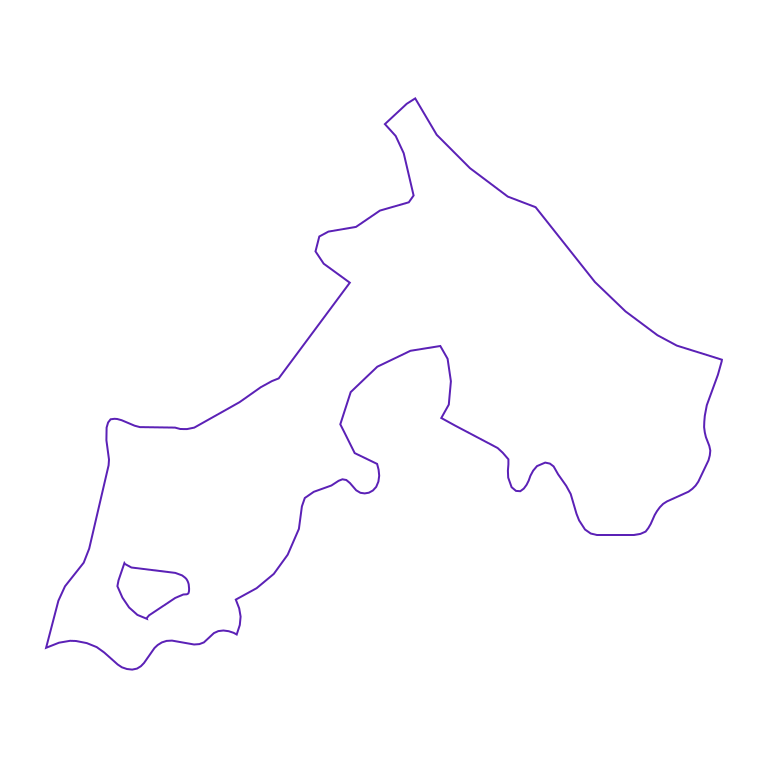 outline of Rimini
{"feature_id": "ITA-5366", "entity_name": "Rimini", "entity_type": "Province", "adm_level": 1, "iso_a3": "ITA", "parent_name": "Italy", "parent_adm1": "", "projection": "equal_earth", "projection_center": [12.401, 43.955], "detail": "fine", "context": "isolated", "style": "outline", "palette": "violet", "viewbox_px": 768, "rotation_deg": 0, "n_neighbors": 0, "source": "natural_earth", "source_scale": "10m", "svg_char_len": 2469}
<svg xmlns="http://www.w3.org/2000/svg" viewBox="0 0 768 768"><path d="M449.2,369.7L447.6,358.8L440.3,346.0L410.4,350.8L383.4,363.8L377.3,366.7L372.3,371.5L366.6,376.9L350.7,392.1L340.3,424.3L344.8,433.2L354.7,453.1L377.1,463.9L378.6,469.7L379.2,475.7L378.4,481.6L376.2,486.9L372.9,490.5L368.9,492.7L364.7,493.4L360.4,492.8L356.2,490.3L349.9,483.0L346.3,480.0L342.4,479.3L338.6,480.8L331.4,485.5L313.8,491.8L304.8,498.0L301.9,506.4L298.9,528.9L287.7,554.7L273.8,573.9L256.6,588.2L235.8,599.6L239.2,608.4L240.6,616.6L239.8,625.0L236.7,634.5L233.6,632.8L228.7,631.2L223.4,630.5L218.3,631.1L213.9,633.1L203.9,642.4L199.4,644.1L194.1,644.5L172.0,640.6L166.6,640.9L161.9,642.4L157.7,645.0L154.5,648.0L144.0,663.0L140.9,666.2L137.0,668.6L132.2,669.6L126.9,669.0L121.9,667.3L117.7,664.5L104.2,652.5L96.7,647.1L86.8,643.1L76.0,641.0L70.1,640.8L59.0,642.7L46.1,647.8L58.4,600.7L65.0,586.3L83.7,562.7L89.2,548.6L108.6,465.3L109.0,459.6L106.4,440.2L106.6,427.6L108.1,422.5L110.6,419.3L114.5,418.8L117.2,419.0L121.6,420.2L134.6,425.7L139.9,427.1L175.0,427.6L180.3,429.0L186.9,429.1L194.3,427.6L239.5,402.2L260.8,387.2L271.9,381.1L278.7,378.4L349.8,282.7L323.7,263.7L315.5,251.4L319.3,236.5L328.4,231.6L356.0,226.9L379.9,210.6L408.8,202.3L413.6,195.5L403.7,153.2L395.7,136.0L384.9,124.1L406.7,103.8L415.2,98.4L436.7,134.8L470.0,168.2L507.8,196.6L535.6,207.2L594.9,282.0L625.5,311.4L657.4,335.2L676.8,345.6L721.9,359.7L721.7,361.3L717.9,374.8L706.8,405.2L704.8,415.8L704.3,421.6L704.1,427.1L704.8,432.4L705.9,437.1L709.3,445.9L710.3,450.6L709.8,455.4L708.5,460.3L698.3,481.7L695.6,485.6L692.4,488.8L688.5,491.7L667.0,501.4L663.1,503.9L659.8,507.3L657.0,511.1L654.7,515.0L650.7,524.0L648.3,528.1L645.6,531.6L640.4,533.9L633.7,535.0L596.9,535.0L590.7,533.5L585.0,529.5L579.1,520.4L576.5,513.8L570.7,494.0L566.2,485.8L558.1,474.3L553.6,466.4L549.9,463.6L545.2,462.6L537.0,466.1L533.2,470.6L530.4,475.8L528.7,480.6L526.6,484.8L523.8,488.6L520.3,491.2L516.0,490.9L511.6,487.2L508.2,477.6L507.9,470.7L508.4,464.4L508.4,459.3L502.7,452.7L497.6,448.0L455.3,425.7L441.3,418.0L448.8,404.6L450.0,391.2L450.9,381.3L449.2,369.7ZM146.9,618.8L146.7,618.1L149.1,615.3L175.3,597.9L183.3,594.5L186.6,594.3L187.6,594.0L188.5,593.1L189.0,591.2L189.1,588.8L188.7,584.3L188.1,582.3L187.3,580.5L186.3,578.9L185.0,577.6L182.1,575.4L175.3,572.9L131.4,567.5L125.0,564.0L124.4,563.1L118.5,580.4L117.4,586.2L122.4,597.6L129.1,607.5L137.4,614.9L146.9,618.8Z" fill="none" stroke="#5b21b6" stroke-width="2"/></svg>